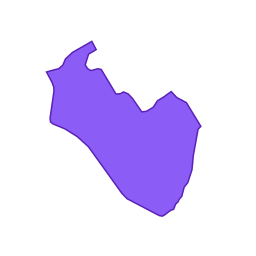 Lamwo, orthographic projection, rotated 239°
{"feature_id": "UGA-5603", "entity_name": "Lamwo", "entity_type": "District", "adm_level": 1, "iso_a3": "UGA", "parent_name": "Uganda", "parent_adm1": "", "projection": "orthographic", "projection_center": [32.763, 3.511], "detail": "fine", "context": "isolated", "style": "filled", "palette": "violet", "viewbox_px": 256, "rotation_deg": 239, "n_neighbors": 0, "source": "natural_earth", "source_scale": "10m", "svg_char_len": 820}
<svg xmlns="http://www.w3.org/2000/svg" viewBox="0 0 256 256"><g transform="rotate(239 128 128)"><path d="M173.1,64.7L176.5,66.2L197.7,83.5L201.2,85.4L206.5,86.4L218.0,87.0L216.0,94.3L214.5,99.2L215.5,104.6L219.4,110.0L221.4,119.4L220.9,141.6L211.6,141.1L211.6,132.2L204.2,123.9L199.7,123.9L196.3,125.8L194.3,132.8L191.9,135.2L163.3,135.2L161.3,139.2L161.3,142.6L157.4,145.6L151.0,147.1L134.7,148.1L132.8,152.5L132.8,160.4L136.2,167.3L136.2,174.2L137.0,183.8L129.0,185.5L119.7,191.1L91.9,191.3L90.9,187.5L70.2,169.3L65.3,165.8L59.1,161.2L50.4,151.1L48.3,145.6L41.7,138.9L40.7,135.5L38.9,132.7L38.2,129.6L34.8,125.2L35.3,122.8L35.3,120.2L34.6,114.1L34.8,112.0L36.8,109.7L67.8,90.8L75.1,89.1L106.1,86.6L132.5,84.4L146.7,80.1L159.9,73.4L170.1,65.8L173.1,64.7Z" fill="#8b5cf6" stroke="#5b21b6" stroke-width="1.5"/></g></svg>